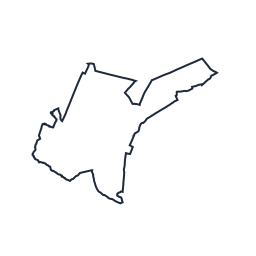 outline of Baldovinesti, Olt, Romania, rotated 167°
{"feature_id": "2599482B50421105571388", "entity_name": "Baldovinesti", "entity_type": "district", "adm_level": 2, "iso_a3": "ROU", "parent_name": "Romania", "parent_adm1": "Olt", "projection": "mercator", "projection_center": [24.058, 44.394], "detail": "fine", "context": "isolated", "style": "outline", "palette": "slate", "viewbox_px": 256, "rotation_deg": 167, "n_neighbors": 0, "source": "geoboundaries", "source_scale": "gbopen_adm2", "svg_char_len": 5799}
<svg xmlns="http://www.w3.org/2000/svg" viewBox="0 0 256 256"><g transform="rotate(167 128 128)"><path d="M152.5,199.6L152.0,198.9L151.9,198.6L152.2,198.0L152.6,197.3L153.5,195.9L156.0,192.8L156.5,192.1L157.7,190.6L158.3,191.0L159.7,192.2L161.8,189.7L162.4,188.8L164.1,186.6L169.3,179.4L170.3,177.9L174.0,172.7L177.3,167.9L184.5,157.7L185.3,156.3L187.2,153.8L190.6,149.5L191.0,150.0L191.4,150.9L191.6,151.3L191.7,151.6L191.7,151.8L191.6,152.3L191.6,153.2L191.4,153.9L191.4,154.3L191.3,154.5L191.0,155.1L190.9,155.5L191.1,156.9L191.3,158.5L191.6,160.1L191.6,162.1L191.5,162.8L193.9,162.4L195.4,162.0L196.0,161.9L196.3,161.7L196.5,161.4L196.6,160.3L196.9,161.0L198.1,160.7L198.6,160.6L198.8,160.6L199.5,160.7L199.6,160.4L199.6,160.2L199.9,160.0L199.8,159.5L199.5,159.3L199.0,159.3L198.5,159.4L198.3,159.4L198.2,159.3L198.2,159.1L198.5,158.5L198.8,158.2L198.9,157.6L198.6,157.1L198.0,156.8L197.6,156.5L197.6,156.3L197.6,156.2L197.4,155.9L197.3,155.7L197.3,155.3L196.8,154.9L196.7,154.7L196.4,153.6L196.2,153.3L195.8,152.8L195.7,152.7L195.7,152.1L196.0,151.6L197.1,150.3L198.4,148.9L198.7,148.4L199.3,147.4L199.9,147.1L200.0,146.9L200.0,146.5L200.1,146.3L200.3,146.0L200.7,145.4L201.0,145.4L204.5,147.2L204.5,147.3L204.3,147.6L204.2,147.8L206.3,149.0L206.9,149.6L207.1,150.3L208.1,151.0L208.2,150.9L208.6,150.3L209.3,150.6L209.8,151.1L210.4,151.0L211.4,149.5L211.8,148.9L212.0,148.5L212.2,147.7L212.3,147.5L214.1,144.7L215.9,141.7L216.5,140.5L216.5,140.2L216.3,139.8L216.2,139.4L216.2,138.4L216.0,137.3L219.0,136.3L219.3,136.1L220.3,134.3L220.5,134.2L220.6,133.9L220.7,133.6L221.9,132.3L222.1,132.0L222.2,131.8L222.2,131.4L222.6,130.6L223.0,130.1L223.0,129.8L222.8,129.3L222.8,128.6L223.1,127.6L223.4,127.2L224.0,126.9L225.0,126.1L225.4,125.8L225.9,125.0L226.6,124.6L226.7,123.9L227.0,123.3L227.1,122.9L227.0,122.7L226.6,122.6L226.2,122.2L226.1,121.5L226.3,120.9L226.2,120.7L226.1,120.3L225.8,119.8L225.6,119.4L225.4,119.3L225.4,119.1L225.5,118.7L225.4,118.5L225.3,118.4L223.6,117.4L223.4,117.2L223.0,116.7L222.7,116.4L222.7,116.1L222.8,115.7L222.7,115.5L222.5,115.3L222.5,114.9L222.4,114.5L222.2,114.5L220.8,114.5L220.5,114.3L219.6,113.8L219.2,113.4L218.7,113.1L218.4,113.0L217.9,113.1L216.9,112.2L216.3,111.8L216.3,111.5L216.2,111.4L215.9,111.2L215.4,110.2L215.2,110.1L214.7,109.9L214.3,109.6L214.1,109.2L213.9,108.6L213.0,108.2L212.6,107.9L212.5,107.7L212.6,107.0L212.5,106.7L212.6,106.3L212.6,106.1L212.5,105.5L212.6,104.8L212.6,104.6L212.4,104.5L212.1,104.3L211.9,103.9L211.4,103.3L211.0,103.3L210.8,103.0L210.4,102.9L209.9,102.5L209.2,101.8L208.9,101.6L208.7,101.3L208.6,101.2L208.4,101.0L208.2,100.9L208.1,100.7L207.9,100.6L207.8,100.3L207.6,100.1L207.6,99.9L206.6,99.0L206.2,98.5L205.5,98.1L205.0,98.1L204.0,97.1L203.8,96.6L203.7,96.5L203.3,96.7L203.1,96.5L203.1,96.3L203.4,96.0L203.5,95.8L203.5,95.6L203.3,95.3L202.8,95.2L202.7,95.3L202.0,94.8L201.9,94.4L201.1,93.4L200.8,93.5L200.7,93.5L200.6,93.4L200.4,92.6L200.2,92.4L199.4,91.5L198.5,91.1L198.3,91.0L198.0,90.6L197.4,90.3L197.0,90.0L196.6,89.5L196.4,89.5L196.0,89.7L195.3,90.3L194.8,90.5L194.6,90.5L194.3,90.7L193.8,90.8L192.9,90.7L192.5,90.9L192.2,91.2L192.0,91.4L191.5,91.6L191.3,91.8L190.8,92.0L190.0,92.6L189.7,92.7L187.2,93.2L185.9,94.4L185.4,94.5L184.9,95.0L173.3,95.0L172.6,95.0L172.4,94.9L172.7,94.4L172.9,93.6L172.9,93.0L172.9,92.5L172.5,91.0L172.4,90.5L172.7,89.5L172.8,88.4L172.7,86.0L172.9,84.6L172.9,83.9L172.8,82.4L172.7,82.0L172.6,79.9L172.6,79.2L172.0,75.8L171.0,73.0L170.2,72.1L169.2,71.1L168.6,70.3L167.9,69.3L167.5,68.6L167.1,68.3L166.0,68.0L165.7,67.7L163.3,65.1L162.8,64.2L162.5,63.9L161.0,62.9L159.7,62.4L159.0,61.9L158.6,61.6L156.6,59.4L153.2,56.9L152.5,56.6L152.4,56.4L150.0,56.8L150.2,61.6L150.7,62.1L151.1,62.4L151.6,62.6L152.1,62.9L153.3,64.3L153.7,64.5L153.5,65.1L153.4,66.0L153.3,66.3L151.9,67.0L151.2,67.1L149.8,67.2L149.6,67.4L149.3,67.7L148.9,67.7L148.4,67.5L147.6,67.0L145.1,74.5L145.0,75.2L142.3,83.3L142.0,84.5L141.6,85.7L141.6,86.1L141.6,87.1L141.3,88.7L141.2,89.1L140.7,89.9L140.2,91.0L139.5,92.8L139.2,94.0L138.2,97.3L136.7,101.3L135.6,104.0L134.5,103.3L133.9,103.0L131.8,102.2L127.6,108.4L129.7,110.4L130.2,110.8L128.3,113.2L126.1,116.2L124.8,118.1L124.1,119.0L124.3,119.2L123.3,120.1L122.8,121.0L122.6,121.2L121.8,121.4L121.5,121.5L120.6,121.7L119.4,122.2L118.4,122.7L118.1,123.1L117.9,123.5L117.6,124.1L117.3,124.6L117.0,125.7L116.8,126.1L115.6,127.7L115.4,128.1L115.2,128.6L115.0,128.8L114.3,129.2L113.6,129.6L113.2,129.8L112.8,129.8L112.0,129.5L111.8,129.6L109.5,131.0L108.7,131.8L107.4,132.8L106.3,133.3L105.2,133.5L102.1,134.6L100.3,135.2L98.2,136.0L85.2,140.2L84.0,140.7L83.1,140.9L79.5,142.4L78.7,142.5L78.1,142.8L76.9,143.5L76.6,143.6L76.1,143.5L75.6,143.6L73.8,144.2L73.5,144.2L74.0,147.0L74.3,148.6L73.3,148.9L73.1,149.2L72.5,151.6L72.3,152.3L70.9,152.2L69.1,151.7L68.4,151.6L65.2,151.5L64.4,151.4L63.0,150.8L62.1,150.8L61.0,150.8L59.9,151.0L56.4,152.0L56.3,153.7L52.2,153.6L51.7,153.8L50.0,154.1L49.0,154.1L46.2,154.0L46.2,153.2L39.1,157.2L37.3,157.6L36.8,157.9L36.4,158.3L36.0,158.8L35.4,159.9L35.0,160.2L34.7,160.4L33.6,160.3L33.3,160.4L32.2,160.9L30.3,161.3L28.9,161.8L29.8,162.7L32.2,164.5L34.6,167.2L35.8,170.1L40.1,179.0L46.8,177.7L56.9,175.9L62.9,174.7L66.5,174.1L74.4,172.4L81.4,171.5L92.0,169.5L94.1,169.2L95.8,167.2L102.2,160.6L103.9,158.8L104.7,157.8L105.3,157.0L107.4,153.9L110.5,149.7L110.9,149.0L111.4,147.9L112.7,148.7L114.5,149.5L116.3,150.1L118.1,150.5L118.1,150.8L118.3,151.2L118.6,152.3L119.1,154.1L119.5,155.6L120.1,157.7L121.0,159.3L122.1,161.2L123.1,163.0L122.5,163.5L118.8,166.3L116.8,167.4L112.8,170.3L111.8,171.2L110.7,171.9L110.0,172.1L112.5,173.6L116.7,175.8L120.0,177.4L120.4,177.4L121.1,177.8L125.8,180.2L132.6,183.6L146.9,191.0L146.9,198.0L147.9,198.5L148.6,198.9L150.4,199.4L151.7,199.5L152.5,199.6Z" fill="none" stroke="#1e293b" stroke-width="2"/></g></svg>